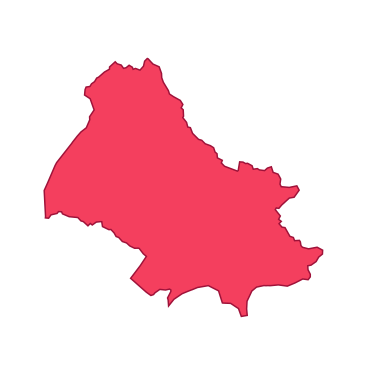 Naguabo, Puerto Rico (Robinson projection), rotated 16°
{"feature_id": "32010507B83389329504851", "entity_name": "Naguabo", "entity_type": "district", "adm_level": 2, "iso_a3": "PRI", "parent_name": "Puerto Rico", "parent_adm1": "", "projection": "robinson", "projection_center": [-65.745, 18.235], "detail": "fine", "context": "isolated", "style": "filled", "palette": "rose", "viewbox_px": 384, "rotation_deg": 16, "n_neighbors": 0, "source": "geoboundaries", "source_scale": "gbopen_adm2", "svg_char_len": 2578}
<svg xmlns="http://www.w3.org/2000/svg" viewBox="0 0 384 384"><g transform="rotate(16 192 192)"><path d="M155.5,107.2L147.7,105.4L143.3,104.0L141.4,101.1L134.2,94.4L131.4,90.5L130.0,86.4L125.9,80.7L119.3,79.8L116.4,78.1L113.2,76.1L112.2,76.0L110.4,79.3L110.7,84.4L108.4,89.2L103.6,88.8L101.6,90.3L100.3,88.5L96.6,87.5L94.4,90.7L92.1,92.0L89.0,89.5L84.7,89.4L82.3,88.0L78.3,94.5L78.8,96.7L74.8,100.8L70.5,107.4L69.0,108.7L67.9,112.8L65.6,115.7L64.8,118.7L61.3,120.3L61.0,123.0L62.0,128.4L68.4,130.4L75.3,140.1L72.8,147.9L73.8,150.8L72.7,159.4L68.7,164.9L66.3,170.0L63.4,177.1L63.0,178.4L53.8,201.0L53.1,204.3L50.7,223.1L49.5,231.3L57.9,255.7L58.2,257.3L61.4,256.7L62.8,252.8L68.2,249.8L69.1,247.6L72.1,247.0L73.5,248.7L80.7,249.6L89.3,248.0L93.2,250.4L95.7,250.4L101.3,253.2L102.9,250.3L105.2,251.2L108.3,247.3L112.0,245.8L113.4,245.4L115.5,249.9L122.5,251.1L124.4,250.4L128.4,252.8L131.3,255.7L134.1,255.9L138.7,258.8L143.1,259.0L147.1,261.0L152.3,261.9L155.8,260.8L156.8,260.8L162.2,264.8L165.9,266.5L162.6,277.0L156.8,291.9L175.7,300.9L181.0,302.8L183.3,301.2L184.2,299.1L187.9,294.5L193.6,293.5L197.2,291.5L198.7,292.0L199.1,293.5L197.7,300.6L198.8,302.3L200.9,308.0L204.2,300.1L210.5,292.5L215.4,288.6L218.7,286.1L218.9,286.0L223.7,282.2L224.8,281.7L233.5,277.5L237.1,278.2L242.8,279.3L244.8,279.7L247.1,283.2L251.8,290.3L253.3,290.0L257.8,288.9L259.9,288.4L265.8,290.3L268.8,291.2L270.1,293.0L273.7,298.0L279.1,295.4L276.8,289.5L276.7,289.2L275.0,281.8L276.2,274.5L276.8,270.7L279.8,266.3L280.3,265.6L286.9,262.1L288.3,261.8L289.5,261.5L289.8,261.3L293.2,260.4L300.6,257.5L309.6,256.2L316.0,251.1L322.4,245.1L326.4,244.5L327.8,244.3L329.1,241.0L328.4,238.5L324.9,234.7L323.6,231.0L326.6,229.5L330.5,224.6L331.7,219.7L334.5,215.7L333.6,211.9L327.5,210.6L319.7,214.5L313.4,214.7L311.5,213.5L309.9,210.1L308.6,208.9L304.0,210.5L302.0,207.8L298.3,207.6L291.2,200.6L288.2,201.0L284.4,198.5L285.9,195.6L282.8,194.4L283.5,190.7L276.9,186.0L277.4,184.1L280.0,183.8L281.8,179.8L287.2,171.0L291.6,168.9L294.5,160.7L291.1,157.2L284.2,160.8L276.3,162.3L274.4,160.2L273.7,155.1L272.2,153.5L269.8,151.1L264.6,150.8L261.3,145.9L257.9,148.2L255.9,151.4L250.7,152.2L248.4,151.5L244.6,153.2L242.5,150.2L237.5,149.1L235.6,149.9L232.8,149.2L229.5,149.9L230.5,158.6L229.9,159.4L216.2,158.3L212.2,156.0L212.4,153.2L207.0,152.2L205.5,148.3L203.1,147.2L200.6,143.5L197.0,142.4L191.4,142.0L187.1,139.6L183.8,139.6L176.4,135.5L172.7,130.6L170.0,130.7L167.6,126.6L162.6,123.0L163.0,121.5L160.9,115.4L158.4,114.1L159.1,110.4L155.5,107.2Z" fill="#f43f5e" stroke="#9f1239" stroke-width="1.5"/></g></svg>